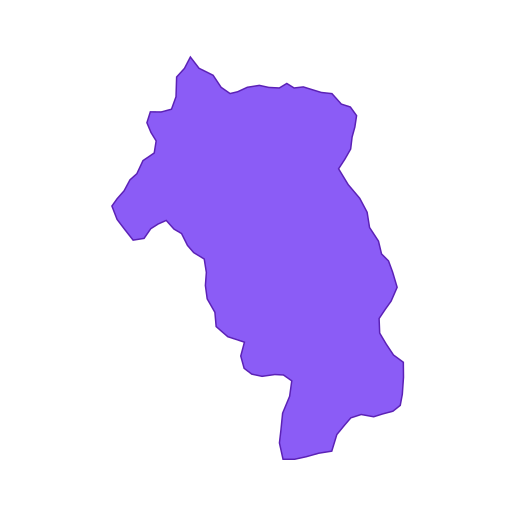 Rodeiro, Minas Gerais, Brazil, rotated 351°
{"feature_id": "56859067B62126543827478", "entity_name": "Rodeiro", "entity_type": "district", "adm_level": 2, "iso_a3": "BRA", "parent_name": "Brazil", "parent_adm1": "Minas Gerais", "projection": "equal_earth", "projection_center": [-42.844, -21.213], "detail": "fine", "context": "isolated", "style": "filled", "palette": "violet", "viewbox_px": 512, "rotation_deg": 351, "n_neighbors": 0, "source": "geoboundaries", "source_scale": "gbopen_adm2", "svg_char_len": 1376}
<svg xmlns="http://www.w3.org/2000/svg" viewBox="0 0 512 512"><g transform="rotate(351 256 256)"><path d="M356.4,431.8L367.0,430.7L375.1,426.1L378.9,415.4L382.7,398.9L384.9,384.0L376.3,375.3L370.8,363.3L366.1,351.5L367.8,337.0L375.6,328.6L382.4,321.7L390.5,309.0L388.4,293.2L386.1,281.6L380.3,273.6L379.3,260.5L372.6,245.6L372.6,230.2L367.5,215.3L358.2,199.9L351.2,182.8L358.9,174.3L366.2,165.2L369.5,153.6L373.8,144.1L377.3,133.1L372.5,123.6L364.0,119.3L356.4,107.5L346.1,104.7L337.3,100.4L329.2,96.4L319.9,96.0L313.4,90.4L305.3,93.7L295.0,91.5L286.0,88.0L273.8,88.0L263.6,90.9L255.8,91.5L247.9,83.9L241.9,70.8L229.1,61.7L222.3,49.2L214.7,59.5L205.6,66.8L201.9,86.2L195.5,97.8L184.8,98.9L174.2,97.1L169.1,107.3L171.6,117.6L175.4,126.7L171.6,138.3L159.3,144.1L151.2,156.1L143.5,161.0L135.9,171.0L127.8,177.7L121.5,184.1L124.5,198.1L130.4,209.1L137.1,221.1L148.2,221.1L156.3,212.6L164.3,209.1L172.9,206.8L179.2,216.6L186.0,222.2L190.0,234.9L195.0,242.9L204.4,250.9L204.4,264.5L201.4,277.2L201.1,290.7L206.6,305.2L205.6,319.5L215.5,331.3L231.1,339.3L225.3,352.4L226.7,365.1L233.3,372.0L243.2,375.8L256.0,376.0L264.5,377.8L271.8,384.9L267.3,399.8L257.7,415.4L253.4,431.8L249.9,444.3L250.9,461.0L262.3,462.8L274.3,462.1L287.0,460.6L300.3,460.6L307.9,445.0L316.9,437.0L324.3,430.7L335.1,429.0L347.1,433.2L356.4,431.8Z" fill="#8b5cf6" stroke="#5b21b6" stroke-width="1.5"/></g></svg>